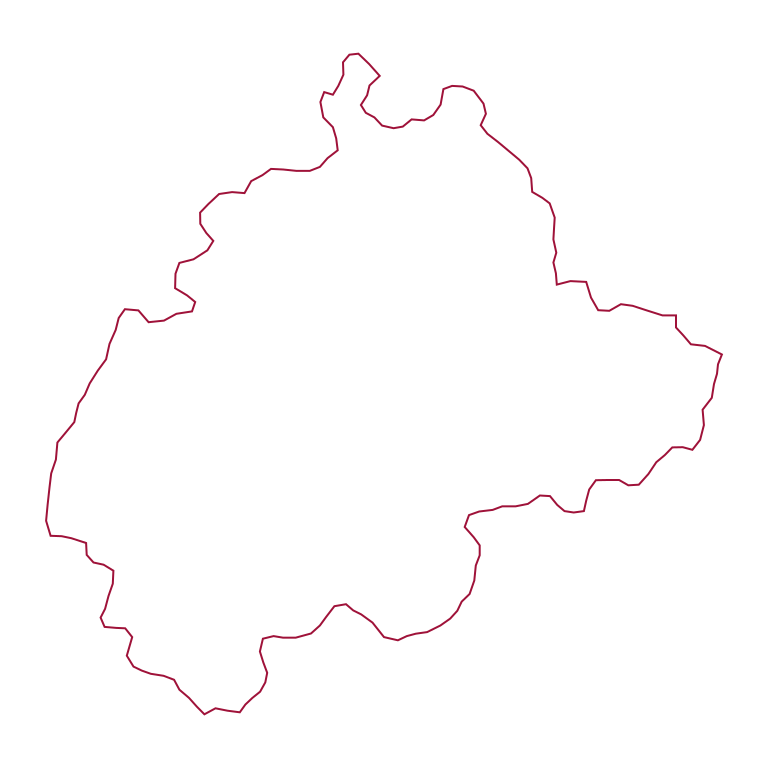 outline of Matipó, Minas Gerais, Brazil
{"feature_id": "56859067B68269695740740", "entity_name": "Matipó", "entity_type": "district", "adm_level": 2, "iso_a3": "BRA", "parent_name": "Brazil", "parent_adm1": "Minas Gerais", "projection": "mercator", "projection_center": [-42.313, -20.304], "detail": "fine", "context": "isolated", "style": "outline", "palette": "rose", "viewbox_px": 768, "rotation_deg": 0, "n_neighbors": 0, "source": "geoboundaries", "source_scale": "gbopen_adm2", "svg_char_len": 2576}
<svg xmlns="http://www.w3.org/2000/svg" viewBox="0 0 768 768"><path d="M50.6,535.8L61.7,536.2L71.3,538.2L86.1,543.0L86.7,554.9L93.5,562.5L103.6,564.7L113.4,570.7L112.8,583.7L108.5,596.0L105.1,608.8L100.6,617.6L104.6,626.9L116.2,627.9L125.2,628.3L132.2,637.1L126.8,655.7L133.5,666.6L141.8,670.6L150.8,673.8L163.6,675.8L174.1,679.8L179.4,689.7L189.0,697.9L196.9,706.7L204.4,714.3L215.5,708.3L227.5,710.7L239.8,712.3L245.4,704.5L252.4,697.9L260.1,691.7L265.3,682.4L267.2,672.8L263.3,662.4L259.9,651.5L262.9,638.7L273.6,636.1L283.2,637.7L295.6,637.7L311.0,633.5L319.9,625.5L326.1,617.0L334.4,606.2L346.0,604.2L353.2,610.4L361.2,614.4L372.5,622.6L384.0,637.1L397.9,640.3L406.8,636.1L415.8,633.7L427.1,632.1L440.4,625.5L450.2,618.6L457.3,610.8L461.7,601.6L469.6,594.0L474.3,580.5L475.8,565.5L479.7,555.3L479.7,545.4L473.7,537.2L464.7,527.0L469.0,515.1L479.2,511.5L492.7,509.9L502.3,506.3L515.8,506.3L527.9,503.9L539.9,495.5L550.0,496.1L557.2,504.9L564.5,511.1L573.7,512.5L583.9,511.1L586.2,500.7L589.2,489.5L595.9,480.2L607.6,480.0L619.1,480.0L628.3,485.3L638.8,484.7L648.4,474.0L656.3,462.2L664.9,455.0L672.3,447.4L682.8,447.2L692.4,449.8L700.1,439.9L703.9,425.1L702.6,409.7L711.8,397.8L714.0,384.0L717.0,373.8L718.0,364.3L721.9,354.5L705.0,345.9L690.9,344.3L683.4,335.5L676.0,327.5L676.0,315.4L662.5,315.4L646.1,310.2L632.6,305.8L620.9,304.2L609.3,310.8L598.2,310.2L591.0,297.6L586.2,281.9L570.4,281.1L556.8,284.6L555.9,273.3L553.4,262.5L556.3,252.7L553.4,239.4L554.0,229.0L554.7,217.6L549.7,203.4L542.3,197.8L532.2,191.9L531.2,178.1L527.5,168.3L519.2,159.7L509.4,151.5L498.0,142.0L487.4,133.8L480.7,125.2L485.9,113.8L483.5,103.6L473.7,90.7L462.6,86.5L452.1,85.9L443.4,89.1L440.6,104.6L433.3,115.0L424.1,120.4L411.6,119.4L402.8,126.6L393.6,128.2L382.1,125.6L374.4,117.4L365.8,112.8L360.9,105.0L367.1,95.3L369.5,85.5L379.7,75.9L369.0,63.9L358.4,53.7L349.4,54.7L343.0,62.3L343.4,74.7L338.3,85.9L332.9,94.7L324.2,92.1L320.4,102.0L323.3,117.4L332.9,127.2L336.2,138.4L337.7,150.3L327.6,158.1L319.9,166.9L309.7,170.9L296.7,170.9L283.2,169.5L271.0,168.9L262.5,175.1L251.2,181.1L244.5,193.1L232.1,192.1L219.1,194.0L208.4,204.0L200.1,212.6L200.3,223.8L206.3,233.0L213.3,240.9L207.4,250.3L193.5,259.3L179.4,262.9L175.5,273.7L175.1,288.2L187.1,295.4L195.2,302.0L192.0,311.4L176.4,313.8L164.0,320.6L148.6,322.2L138.4,310.4L124.9,309.2L118.7,318.0L115.7,329.9L109.5,343.9L106.1,359.3L97.8,370.6L89.7,383.4L84.8,394.8L78.6,403.4L76.2,412.9L74.3,422.1L66.4,431.7L57.4,442.5L55.9,459.6L51.2,473.4L49.5,487.5L47.6,504.9L46.1,520.8L50.6,535.8Z" fill="none" stroke="#9f1239" stroke-width="2"/></svg>